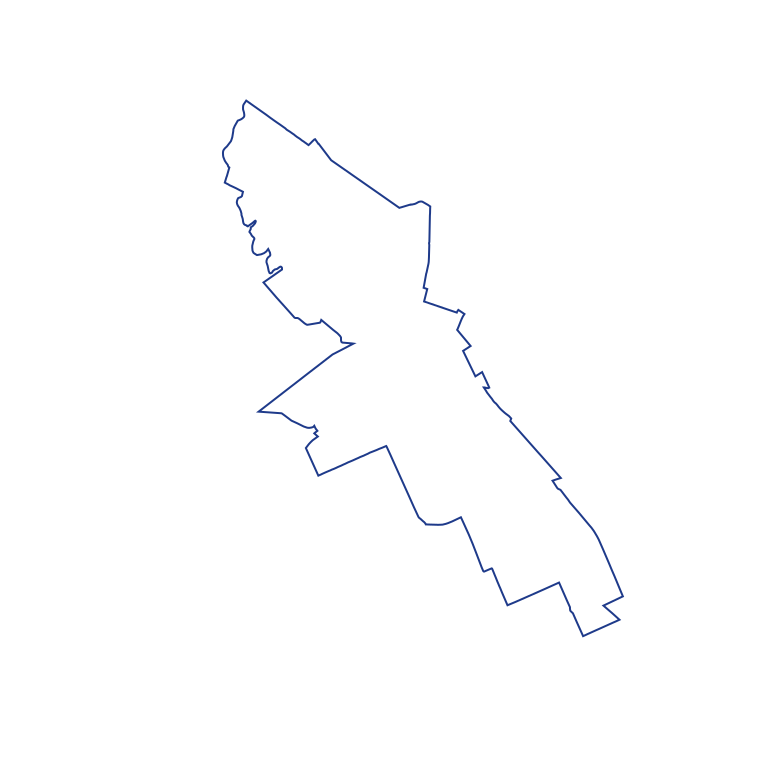 Vasilati, Calarasi, Romania, rotated 64°
{"feature_id": "2599482B17575272178188", "entity_name": "Vasilati", "entity_type": "district", "adm_level": 2, "iso_a3": "ROU", "parent_name": "Romania", "parent_adm1": "Calarasi", "projection": "natural_earth1", "projection_center": [26.428, 44.284], "detail": "fine", "context": "isolated", "style": "outline", "palette": "blue", "viewbox_px": 768, "rotation_deg": 64, "n_neighbors": 0, "source": "geoboundaries", "source_scale": "gbopen_adm2", "svg_char_len": 5796}
<svg xmlns="http://www.w3.org/2000/svg" viewBox="0 0 768 768"><g transform="rotate(64 384 384)"><path d="M699.1,275.7L695.6,277.1L689.7,279.5L684.6,281.7L679.4,283.9L679.6,262.4L657.9,261.1L651.1,260.8L644.3,260.4L628.3,259.6L618.0,259.2L614.4,259.3L608.4,259.8L604.3,260.5L600.9,261.4L585.5,265.2L572.1,268.8L568.5,269.3L565.9,269.9L556.5,271.8L554.5,273.5L553.3,273.9L544.8,274.9L545.2,271.5L545.9,267.0L546.0,266.3L517.5,274.2L513.0,275.5L472.6,286.7L470.8,284.8L467.7,285.7L466.5,286.3L464.0,287.6L462.7,288.2L460.0,289.3L458.4,289.9L456.6,290.5L454.2,291.1L453.0,291.3L451.9,291.6L450.7,291.9L449.0,292.7L447.1,293.2L444.6,293.5L442.0,294.1L437.1,295.1L434.8,295.3L433.0,295.5L430.9,295.8L431.3,295.0L432.4,293.7L433.4,292.2L433.4,291.0L431.1,290.9L420.7,290.7L416.3,290.6L417.2,298.5L388.9,298.4L387.8,289.5L367.4,294.5L366.8,293.7L364.5,291.1L361.3,287.6L359.7,285.8L357.8,283.4L356.4,281.0L350.0,284.7L350.7,286.0L351.5,287.1L351.7,287.3L341.6,297.5L327.4,311.8L317.6,303.5L314.9,306.2L303.2,297.6L302.5,296.9L295.5,291.4L293.9,290.3L290.1,288.2L278.8,282.3L277.8,282.0L277.0,281.7L276.3,281.0L272.8,279.2L260.5,272.9L252.7,268.9L250.6,267.7L247.1,265.9L244.7,264.6L243.0,265.6L242.4,265.9L237.4,269.3L237.0,269.6L236.7,269.9L236.5,270.2L236.1,270.9L235.9,271.6L235.7,272.2L235.6,272.7L235.6,273.5L235.6,273.9L235.7,275.5L235.7,276.6L235.7,276.9L235.6,277.3L235.5,278.1L235.3,278.7L235.1,279.7L234.7,280.9L234.6,281.3L234.4,281.3L234.2,282.2L232.8,290.7L232.5,292.3L232.4,293.0L213.8,303.3L180.9,321.6L159.7,333.4L139.5,337.4L139.4,337.7L133.8,338.6L133.7,339.4L134.4,341.7L135.5,344.8L136.2,347.1L135.1,347.7L134.5,348.0L133.7,348.4L131.9,349.4L130.7,350.0L130.4,350.2L130.1,350.4L129.5,350.8L126.6,352.2L125.6,352.8L123.8,353.9L121.6,355.0L120.4,355.5L118.5,356.6L116.1,357.9L113.7,359.4L112.9,359.9L112.2,360.2L111.0,360.6L109.0,361.7L105.5,363.6L102.0,365.6L98.2,367.7L96.3,368.7L96.0,368.9L95.8,369.0L94.1,369.9L90.6,371.7L68.9,383.6L71.2,387.6L71.9,388.4L73.3,389.3L75.4,390.3L77.8,390.7L78.8,390.9L80.4,391.4L81.7,392.0L82.2,392.4L82.7,393.1L83.2,394.8L83.4,396.3L83.4,397.8L83.2,400.0L86.5,404.8L86.7,405.1L87.4,405.9L87.6,406.1L88.3,406.9L88.9,407.6L90.6,408.6L91.6,409.3L91.9,409.5L95.7,412.2L97.7,414.1L98.7,415.2L101.6,421.0L102.4,423.6L103.2,425.3L104.2,426.5L105.8,427.5L108.2,428.5L109.6,428.9L113.5,429.2L116.1,428.9L117.4,428.6L118.1,428.5L118.8,428.4L119.7,428.6L120.4,428.7L120.6,428.6L121.6,428.1L128.4,434.2L129.0,434.9L133.2,438.8L134.7,437.7L136.4,436.4L137.6,435.7L140.4,433.4L143.4,431.0L146.0,429.1L149.4,426.5L152.8,429.3L153.2,430.6L153.0,433.3L153.1,433.8L154.2,435.1L155.2,436.0L156.3,436.7L157.8,437.1L159.6,437.2L161.4,436.9L162.4,436.8L163.7,436.8L165.6,436.9L168.3,437.4L169.6,438.0L173.1,438.5L174.0,438.7L176.1,439.4L177.7,439.8L178.9,439.7L179.1,439.7L180.3,439.0L180.5,438.8L181.1,438.1L181.4,437.8L182.1,437.8L182.6,437.3L182.5,436.8L181.6,431.5L181.0,429.4L180.8,428.4L180.8,428.1L181.1,427.9L181.5,427.9L182.0,428.3L182.4,428.7L183.0,429.4L183.5,430.4L183.9,431.4L184.4,432.6L184.6,433.5L184.6,434.1L184.6,434.5L184.8,434.9L184.9,435.1L185.3,435.4L185.7,435.5L186.0,435.7L186.3,435.9L186.5,436.1L187.7,437.7L188.3,438.3L190.4,437.9L191.5,437.8L192.7,437.8L193.5,437.5L194.6,437.1L195.3,436.8L195.8,436.8L196.2,436.7L196.9,437.0L197.8,438.1L198.6,439.0L202.0,441.8L203.6,442.6L206.4,443.7L207.3,443.8L208.7,443.8L209.3,443.6L211.0,442.6L212.4,441.7L212.6,441.1L213.6,437.5L213.8,434.4L213.3,431.7L211.9,428.9L216.0,428.9L218.2,429.6L218.9,430.6L219.4,432.8L220.4,434.4L221.9,435.7L223.2,436.3L226.9,436.8L231.8,438.1L234.1,438.2L234.7,437.7L234.8,435.9L233.7,434.2L233.2,431.9L233.7,429.6L233.2,427.2L233.1,425.8L233.3,425.3L233.9,424.9L234.9,424.8L236.4,425.5L239.9,447.8L259.2,442.7L276.0,437.9L283.1,435.9L285.0,435.4L285.7,434.9L286.0,434.4L286.3,433.7L286.7,432.9L287.3,432.3L288.4,431.6L292.9,429.6L294.7,428.8L296.6,427.6L297.1,427.1L297.7,425.3L299.7,418.5L300.8,414.8L300.7,414.3L300.4,413.9L298.9,412.3L313.3,405.9L318.0,403.6L321.4,402.5L322.6,402.3L323.4,402.3L324.9,403.0L326.2,403.6L327.5,403.8L328.5,403.3L333.3,395.3L334.3,393.8L334.7,408.3L334.9,417.3L341.4,448.7L353.9,508.8L365.3,489.1L365.7,488.7L369.3,486.8L376.4,483.2L381.4,479.1L387.0,474.8L389.6,472.2L390.6,470.6L391.3,468.4L391.6,466.6L391.5,466.1L391.0,465.0L392.9,465.0L394.1,465.0L396.9,464.4L397.6,467.7L397.8,468.3L402.2,466.5L402.9,470.5L403.3,472.8L404.1,475.3L405.1,477.9L405.6,478.9L407.3,482.3L437.6,483.2L437.6,482.1L437.7,480.7L437.7,478.7L437.8,475.4L437.9,473.3L438.0,471.3L438.1,470.4L438.1,468.4L438.3,466.4L438.4,463.9L438.4,462.0L438.5,460.0L438.6,458.1L438.6,455.8L438.7,453.9L438.7,450.5L438.8,449.1L439.0,445.7L439.1,441.8L439.2,439.3L439.2,437.4L439.5,433.6L439.5,432.2L439.6,428.8L439.5,426.9L439.8,423.5L440.1,419.7L440.2,416.8L440.5,413.3L440.7,409.2L441.3,409.1L450.5,409.3L459.7,409.6L496.4,410.7L507.7,411.1L518.4,411.3L519.3,411.2L519.8,411.0L521.5,410.2L523.3,409.5L524.8,408.9L525.8,408.4L527.0,408.1L527.6,407.9L528.5,408.0L530.6,404.1L533.9,397.8L535.2,395.1L536.1,392.9L536.8,389.7L537.1,387.4L537.4,382.9L537.5,373.3L542.5,373.4L556.8,373.8L566.8,374.4L570.2,374.7L576.1,375.2L583.9,375.9L591.7,376.6L595.6,376.8L595.9,376.7L596.2,376.6L596.5,376.2L596.8,369.9L596.9,368.3L596.9,368.1L597.0,368.0L597.2,367.9L597.3,367.8L597.8,367.8L601.1,368.0L603.7,368.2L607.2,368.4L611.2,368.7L613.3,368.8L615.0,368.9L616.6,369.0L617.8,369.0L622.4,369.3L637.0,370.0L637.5,361.5L637.9,351.5L638.7,329.9L639.2,313.7L649.1,314.1L658.9,314.5L666.1,314.7L667.4,315.3L669.2,315.9L670.0,315.8L672.9,314.7L675.2,314.8L682.7,315.1L695.8,315.5L697.9,315.6L698.0,312.6L698.0,311.6L698.0,310.6L698.1,308.3L698.1,307.7L698.3,300.9L698.4,298.6L698.6,292.1L698.9,282.3L699.0,280.1L699.1,276.4L699.1,275.7Z" fill="none" stroke="#1e3a8a" stroke-width="2"/></g></svg>